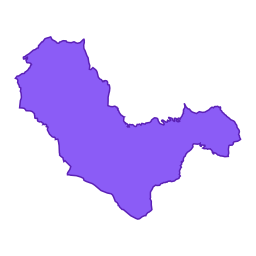 Resita, Caras-Severin, Romania
{"feature_id": "2599482B11071045688539", "entity_name": "Resita", "entity_type": "district", "adm_level": 2, "iso_a3": "ROU", "parent_name": "Romania", "parent_adm1": "Caras-Severin", "projection": "mercator", "projection_center": [21.973, 45.299], "detail": "fine", "context": "isolated", "style": "filled", "palette": "violet", "viewbox_px": 256, "rotation_deg": 0, "n_neighbors": 0, "source": "geoboundaries", "source_scale": "gbopen_adm2", "svg_char_len": 5805}
<svg xmlns="http://www.w3.org/2000/svg" viewBox="0 0 256 256"><path d="M145.8,215.7L146.5,214.1L147.7,212.7L149.0,212.1L150.9,210.7L151.9,209.6L151.3,204.9L151.3,201.2L150.1,198.8L150.5,197.6L150.4,194.1L150.5,191.9L152.1,189.3L153.2,186.9L155.5,185.2L157.1,185.5L159.7,185.3L160.8,183.8L161.6,183.4L162.3,183.4L163.7,182.5L165.2,182.6L166.3,182.0L166.7,182.2L167.2,182.1L167.7,181.5L168.6,181.2L169.7,181.2L170.1,181.0L170.6,181.0L171.0,181.5L171.7,181.6L174.5,180.9L175.9,179.6L178.9,178.4L179.4,177.0L180.3,176.0L179.3,174.5L179.8,173.0L179.5,171.5L179.6,170.3L180.0,169.8L180.7,168.0L181.4,167.2L180.4,165.6L181.6,164.4L181.7,162.9L181.3,162.0L182.0,161.4L182.5,161.9L183.4,160.7L183.3,159.2L183.9,157.2L185.3,156.0L185.5,155.1L186.0,153.9L186.4,153.7L187.2,152.4L189.2,151.1L191.2,149.4L193.0,146.8L192.6,145.6L193.3,144.0L193.8,143.8L197.6,144.2L199.1,143.9L200.2,143.3L200.0,145.5L200.7,146.2L201.2,146.3L201.4,145.0L204.8,145.3L205.0,146.1L202.8,148.1L204.1,148.7L206.6,148.6L207.5,149.2L208.6,148.9L209.4,149.0L210.1,148.8L212.0,150.6L212.4,152.5L213.4,153.9L213.8,153.8L213.9,153.1L213.7,152.5L216.0,153.3L217.8,155.0L219.1,155.2L220.2,155.9L222.4,156.1L224.9,156.7L228.3,156.4L228.1,155.6L228.7,153.1L228.4,149.3L228.9,145.8L229.3,145.3L232.2,145.1L233.2,144.0L233.4,143.5L233.2,142.9L234.1,141.8L237.7,141.2L239.9,139.9L240.6,139.2L239.6,137.4L239.3,135.5L238.6,134.5L239.4,131.8L239.1,130.2L237.1,127.5L236.7,125.2L235.6,123.7L234.6,121.8L233.7,121.0L230.6,119.6L229.4,118.3L226.5,116.2L226.2,115.5L224.4,114.3L223.8,113.3L222.4,112.4L221.6,110.9L220.3,109.7L220.6,107.9L220.4,107.1L220.1,106.9L219.4,107.6L217.7,106.3L216.7,106.6L215.9,106.4L215.3,106.7L214.5,106.6L213.5,107.8L212.0,107.2L210.5,108.2L209.0,109.8L204.9,112.1L202.6,112.4L199.3,111.7L196.4,113.5L192.4,112.1L191.2,111.3L189.4,109.1L188.2,108.9L187.6,108.5L185.8,106.6L185.4,105.5L184.2,103.3L184.8,105.5L184.9,107.1L184.7,107.8L183.7,109.4L183.4,110.2L183.6,111.2L183.2,112.3L183.5,113.2L182.6,114.3L182.2,115.7L180.7,117.9L180.1,119.1L179.4,118.3L178.9,118.1L178.3,118.2L177.4,119.2L177.7,119.8L179.2,120.5L179.7,121.2L179.3,121.5L178.0,121.8L176.8,121.2L176.6,120.9L176.5,119.1L176.3,118.7L175.7,118.3L175.0,118.2L174.4,118.4L174.2,118.8L174.7,120.5L174.6,121.2L174.2,121.4L173.0,120.5L172.2,118.6L171.9,118.3L168.9,117.4L168.7,117.5L168.8,117.9L169.1,118.5L170.6,119.9L170.7,120.2L170.4,120.5L169.1,121.1L167.6,120.2L167.4,120.5L167.4,121.8L167.2,122.1L166.7,122.2L165.6,121.9L162.9,120.1L162.2,120.1L161.7,120.5L161.6,120.8L161.8,121.2L163.1,122.1L164.1,123.7L164.2,124.1L164.0,124.7L163.5,124.9L159.8,123.5L158.2,120.8L157.9,119.3L157.5,118.6L156.7,118.1L154.7,117.8L154.0,118.1L151.7,119.9L151.4,120.3L151.1,121.3L150.2,122.1L149.4,122.6L148.1,122.6L147.1,123.0L146.1,122.9L145.1,124.1L141.9,123.4L140.9,125.1L139.6,124.1L138.3,124.5L137.2,124.4L136.3,126.1L136.1,126.4L135.4,126.5L134.4,126.2L133.3,125.1L132.6,124.6L132.1,124.6L131.2,124.8L129.7,124.4L128.8,125.1L129.3,126.9L127.6,126.9L127.3,126.5L127.8,126.1L128.0,125.3L127.5,124.2L126.5,123.5L126.1,123.4L125.7,123.8L125.6,123.7L125.4,123.5L125.3,122.7L124.5,122.2L123.7,121.1L123.6,120.6L123.9,117.8L123.8,117.3L124.0,117.1L123.7,116.9L124.0,116.8L122.6,116.2L121.7,115.3L121.1,115.1L119.3,112.6L118.6,110.7L117.9,110.2L117.8,109.8L118.0,109.6L117.7,109.2L117.6,108.8L118.0,108.7L118.0,108.4L117.1,108.0L117.1,107.6L116.8,107.1L115.8,106.9L115.3,106.4L114.8,106.2L112.4,106.7L110.4,106.5L107.9,105.6L108.1,101.1L108.1,97.3L108.9,93.4L109.5,91.1L109.8,88.1L109.5,85.9L109.2,84.9L107.9,84.7L107.6,84.2L107.7,83.1L107.4,81.7L106.7,80.9L105.3,80.6L104.6,80.7L104.1,81.4L103.4,81.0L102.9,81.7L102.6,81.4L102.8,81.2L102.1,80.7L101.4,79.7L99.7,78.9L98.3,77.1L97.1,72.1L96.5,70.8L95.6,69.7L92.9,67.6L90.8,69.6L89.4,69.3L89.8,65.6L88.8,62.6L88.1,57.8L86.8,55.5L85.1,50.8L83.9,48.5L83.7,45.1L84.3,42.4L84.2,41.4L84.3,40.6L84.0,39.3L83.5,39.3L80.2,42.6L77.5,43.3L75.4,42.6L75.0,42.2L74.0,41.8L71.2,42.7L68.2,42.4L66.6,41.9L66.1,40.9L63.5,40.7L62.5,40.9L60.6,41.9L59.7,42.0L59.3,42.7L58.7,43.2L57.2,43.1L56.3,42.1L55.0,41.1L52.1,39.6L50.7,36.9L48.0,37.8L47.3,37.9L45.0,38.7L42.6,41.9L41.9,41.9L40.1,43.9L39.1,45.3L38.6,45.4L38.3,47.9L36.8,48.3L35.2,49.6L33.4,50.1L28.9,53.9L26.0,55.6L25.5,56.3L23.5,57.0L23.3,57.8L23.6,59.0L25.0,58.9L26.8,57.4L27.4,57.2L27.4,58.8L26.0,60.2L26.8,62.5L27.4,62.8L28.7,62.8L30.1,63.1L30.6,63.3L31.5,64.4L31.5,64.7L30.7,65.1L30.4,66.2L29.6,68.0L29.1,68.0L28.2,69.6L27.3,70.5L25.8,71.7L25.3,71.8L24.3,73.4L22.0,73.7L18.6,76.0L17.1,76.1L15.4,78.3L17.1,79.0L17.6,79.7L17.9,80.6L17.6,82.7L18.0,83.1L18.5,84.5L19.0,85.0L19.5,87.3L20.7,87.8L20.8,89.1L20.4,90.9L20.4,91.5L20.8,92.0L21.1,93.4L21.4,96.9L21.3,98.2L20.4,100.5L19.6,107.8L22.4,108.0L24.1,108.3L25.2,109.3L26.1,110.7L30.3,110.9L32.5,111.7L33.4,112.8L34.4,113.5L34.4,114.9L34.8,115.9L34.7,116.9L35.0,118.2L35.3,118.3L35.6,118.2L36.2,118.5L37.0,118.2L37.4,118.5L37.6,119.1L37.5,120.3L37.8,121.1L39.4,121.9L41.2,121.8L41.5,122.0L42.3,122.9L43.2,123.3L43.5,123.7L43.0,124.5L44.0,124.3L44.8,124.6L45.7,124.2L46.5,124.7L46.5,125.7L46.2,126.5L46.4,126.8L47.6,126.5L48.0,127.3L47.4,129.2L47.4,129.9L49.5,134.1L52.1,136.7L53.3,137.2L54.6,137.2L55.0,137.6L55.5,139.0L55.4,139.5L57.5,139.1L57.9,139.2L58.6,142.3L59.1,145.5L59.4,152.9L59.7,153.9L59.6,155.1L60.9,156.4L63.0,157.9L63.1,158.9L63.9,161.6L65.0,160.7L70.8,166.5L69.8,169.5L67.9,172.4L67.4,173.6L67.5,174.8L69.1,174.8L70.7,175.2L76.4,175.7L80.7,177.0L83.4,178.3L84.0,180.3L86.4,181.5L92.3,183.6L94.7,185.2L101.0,190.5L107.3,193.0L111.2,193.8L112.5,194.9L113.6,197.0L115.3,201.4L117.2,202.6L117.8,203.8L118.2,204.2L118.2,205.5L119.0,205.7L119.7,207.1L122.0,209.4L123.6,209.6L123.7,209.9L124.0,210.1L130.7,215.7L136.1,218.5L137.8,219.1L139.6,218.7L142.2,216.7L144.7,215.6L145.8,215.7Z" fill="#8b5cf6" stroke="#5b21b6" stroke-width="1.5"/></svg>